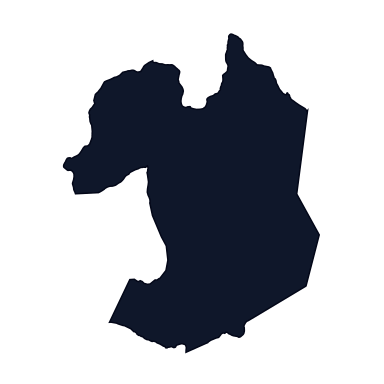 outline of Eau Piquant/St Urbain, Vieux Fort, Saint Lucia, rotated 274°
{"feature_id": "8701671B56799057925384", "entity_name": "Eau Piquant/St Urbain", "entity_type": "district", "adm_level": 2, "iso_a3": "LCA", "parent_name": "Saint Lucia", "parent_adm1": "Vieux Fort", "projection": "orthographic", "projection_center": [-60.939, 13.762], "detail": "fine", "context": "isolated", "style": "filled", "palette": "ink", "viewbox_px": 384, "rotation_deg": 274, "n_neighbors": 0, "source": "geoboundaries", "source_scale": "gbopen_adm2", "svg_char_len": 5937}
<svg xmlns="http://www.w3.org/2000/svg" viewBox="0 0 384 384"><g transform="rotate(274 192 192)"><path d="M31.7,197.2L42.1,216.7L42.8,218.2L43.7,218.8L45.4,221.0L48.0,226.2L48.8,228.7L49.2,229.0L51.4,230.5L52.2,230.9L53.0,231.8L53.5,232.6L53.6,233.2L53.3,234.4L53.5,234.8L54.3,235.3L54.5,235.9L54.5,236.4L54.3,237.1L54.2,237.4L53.2,238.5L52.7,240.2L52.0,241.5L51.5,243.2L51.1,247.1L50.9,247.7L50.5,248.5L50.4,248.9L50.6,249.7L51.0,250.5L53.4,252.9L54.5,253.5L56.6,253.9L57.5,253.9L60.3,253.6L61.6,253.1L62.1,253.2L62.8,253.3L65.2,254.4L65.8,254.8L66.7,255.5L67.1,256.1L67.6,257.1L106.1,312.2L106.3,312.3L158.1,321.9L197.3,296.6L281.4,301.6L280.6,301.0L280.6,300.8L281.1,300.7L282.4,299.6L283.1,298.9L286.1,293.0L288.4,289.1L289.6,287.3L291.4,284.3L291.7,284.0L292.2,284.0L292.5,283.8L293.4,283.1L294.3,282.7L294.6,282.7L295.7,282.2L296.2,281.3L296.7,280.8L297.2,280.6L297.5,280.2L297.2,279.7L296.8,279.7L296.4,280.0L296.3,279.7L295.6,279.2L295.8,278.9L295.6,278.4L295.7,277.7L296.1,277.1L296.6,275.9L297.0,275.5L298.4,274.3L300.6,272.1L304.3,270.0L305.9,268.9L306.9,268.5L309.2,267.9L310.1,267.4L310.7,267.0L311.4,266.1L312.0,265.7L313.1,265.5L313.7,265.1L316.4,264.2L318.4,263.0L320.1,262.0L321.2,261.6L322.1,260.0L322.7,254.9L323.2,253.6L323.4,252.6L323.4,250.8L323.3,250.7L323.4,248.6L323.2,248.2L323.3,247.8L324.0,247.3L325.2,245.9L325.7,245.1L326.9,242.8L327.7,241.5L329.4,239.1L330.0,238.4L333.0,235.8L335.4,234.1L336.2,233.4L337.3,232.9L339.5,232.8L341.4,232.4L343.1,232.4L344.4,232.2L345.4,231.8L347.9,229.7L348.5,228.7L349.0,227.7L349.9,227.0L351.0,224.4L351.3,223.1L352.0,221.6L352.3,219.9L351.9,219.1L351.5,218.7L350.1,217.8L349.1,217.8L348.5,218.0L347.3,218.1L345.9,217.7L344.9,217.7L344.5,217.5L342.0,217.6L341.1,217.1L341.0,217.3L338.0,217.2L337.1,217.4L336.3,217.4L335.5,217.2L335.1,216.9L334.7,216.8L334.2,216.9L332.7,216.3L331.3,216.0L326.6,216.4L325.1,216.7L324.1,217.1L322.5,218.2L321.3,218.9L319.9,219.3L319.0,219.1L318.1,219.1L317.0,218.9L316.0,219.0L314.9,218.7L314.5,218.5L312.8,216.9L311.4,215.2L310.4,214.5L307.0,215.0L305.2,215.1L304.2,214.9L304.0,215.0L302.8,214.3L302.0,214.0L300.3,213.9L299.1,213.4L298.2,213.2L297.2,213.0L296.3,213.2L295.5,213.0L294.8,212.3L293.3,211.5L292.2,210.8L291.4,208.2L290.5,207.4L289.6,206.3L289.2,205.3L288.6,203.7L287.2,201.5L286.0,200.6L285.7,200.4L284.7,200.5L283.4,200.9L282.9,200.9L282.6,200.8L281.4,200.7L280.7,200.4L279.8,200.3L277.9,199.4L276.8,198.4L276.6,197.9L276.0,197.4L275.7,196.7L275.1,194.3L274.7,190.7L275.1,187.6L275.4,186.3L275.6,185.8L275.4,185.4L275.9,184.8L276.7,184.5L277.0,184.2L277.0,183.7L276.6,181.5L275.8,180.1L275.9,179.5L276.2,178.0L277.0,176.4L277.7,175.9L279.0,175.3L280.2,174.9L281.9,174.6L284.6,174.7L287.3,175.2L289.0,175.9L292.1,176.3L293.9,175.8L296.0,174.7L299.3,171.8L299.9,171.4L300.4,171.2L301.2,171.1L303.2,170.3L308.1,170.9L310.0,171.3L311.1,171.3L311.5,171.2L312.4,170.6L312.9,169.8L313.7,168.9L314.7,167.5L315.3,166.7L316.1,165.9L316.8,164.7L317.3,163.9L317.5,163.1L317.5,162.8L317.2,160.2L317.3,159.2L317.2,158.6L317.0,157.2L317.0,156.1L317.7,153.4L317.6,150.5L317.8,149.6L318.2,148.6L318.6,147.3L318.6,146.2L318.4,145.2L318.5,144.9L318.6,144.6L319.5,143.6L320.1,143.6L318.2,140.1L314.9,135.9L313.8,135.1L312.4,134.5L309.1,132.7L308.6,132.2L308.2,131.2L307.8,129.3L308.2,127.7L308.8,126.7L309.2,125.8L309.4,124.6L309.3,123.6L308.5,121.1L308.4,119.7L307.8,118.5L306.6,114.6L303.3,111.7L301.5,108.7L300.9,106.5L299.8,104.8L298.5,102.5L296.7,98.6L295.8,97.1L295.2,96.7L289.1,93.9L288.8,93.9L288.3,93.3L285.8,91.6L285.2,91.3L284.5,90.5L282.6,88.8L277.4,87.9L276.5,87.7L273.1,88.9L271.9,87.9L270.2,87.0L269.2,86.4L267.5,84.8L265.5,84.0L264.2,83.7L263.7,83.7L263.1,83.9L261.7,84.6L259.6,84.5L258.9,84.8L255.3,85.4L252.9,86.5L251.7,87.3L245.5,88.3L243.4,88.3L242.6,88.4L241.2,88.4L240.4,88.5L238.8,88.4L238.4,88.2L237.3,88.0L235.8,87.5L235.2,87.4L233.9,86.9L233.5,86.9L233.1,86.8L231.7,85.8L230.7,84.8L230.5,83.9L230.2,82.1L230.0,81.8L228.6,80.6L224.7,78.6L222.4,77.2L222.0,76.9L220.9,75.8L219.9,74.3L218.7,72.0L217.2,69.9L217.1,69.5L217.1,69.2L217.3,68.7L217.5,68.4L217.6,68.0L217.6,67.6L217.3,66.0L216.9,65.3L216.5,65.0L215.2,64.3L213.4,63.7L212.1,63.0L210.5,62.3L209.5,62.1L208.3,62.2L207.7,62.5L205.2,66.0L204.9,66.8L205.3,69.0L205.0,70.3L204.4,71.1L203.5,72.0L203.1,72.3L202.2,72.8L201.6,73.0L201.1,73.1L198.9,73.3L195.9,73.0L193.0,72.3L192.1,72.2L191.6,72.3L188.4,73.5L186.3,73.9L185.1,74.4L184.0,75.1L182.1,75.9L184.8,98.3L184.7,98.1L184.8,98.6L185.7,100.2L187.2,102.4L188.7,104.3L189.4,104.8L190.8,106.8L191.3,107.8L191.9,109.3L192.1,110.2L192.3,112.1L192.5,112.8L193.3,114.9L193.7,115.6L195.7,118.0L197.0,120.1L197.9,121.0L199.9,122.6L202.7,124.2L203.3,124.7L203.8,125.2L204.4,126.0L205.4,127.7L206.7,128.4L207.1,128.7L207.6,129.4L210.2,133.7L211.5,136.9L212.2,137.8L212.9,139.4L213.0,140.7L213.5,141.5L213.3,142.2L213.4,143.1L213.4,144.1L213.5,144.3L214.4,144.7L214.9,145.7L212.5,146.7L211.7,146.3L209.5,146.3L208.2,145.8L206.1,146.4L199.0,147.9L196.3,147.8L191.9,147.4L188.7,147.4L185.6,148.5L184.1,149.4L181.7,150.5L179.7,150.8L178.0,150.7L165.8,154.2L145.2,164.6L136.5,170.1L122.3,172.7L111.9,171.5L103.5,165.9L103.3,165.1L101.7,163.2L101.7,161.3L97.3,156.6L96.8,154.0L97.5,150.5L99.2,148.6L99.9,146.5L98.9,145.0L99.2,143.4L100.9,140.6L100.3,136.1L56.3,118.8L56.5,120.2L55.9,126.0L55.3,127.4L54.0,132.6L54.0,133.8L52.0,138.8L51.4,140.4L48.6,143.7L48.6,144.9L47.3,146.6L46.4,147.0L45.3,148.7L45.3,149.9L44.4,151.4L44.3,152.7L42.5,155.1L41.6,157.3L41.5,159.2L40.5,161.3L40.1,162.7L40.4,163.3L40.5,163.8L40.2,166.0L39.1,167.6L38.2,170.4L37.0,172.9L36.5,173.7L36.2,174.4L36.1,175.4L35.9,175.9L35.6,176.2L35.1,176.3L34.8,176.5L34.7,177.8L34.8,178.1L35.4,178.7L35.7,180.3L36.4,182.3L35.7,184.1L35.5,184.6L35.6,185.2L35.9,186.0L36.3,186.4L37.7,187.0L38.2,187.5L39.3,190.2L39.9,192.0L40.0,192.7L39.4,195.5L39.2,195.9L38.1,196.6L36.8,197.1L36.1,197.2L33.8,197.1L31.7,197.2Z" fill="#0f172a" stroke="#020617" stroke-width="1.5"/></g></svg>